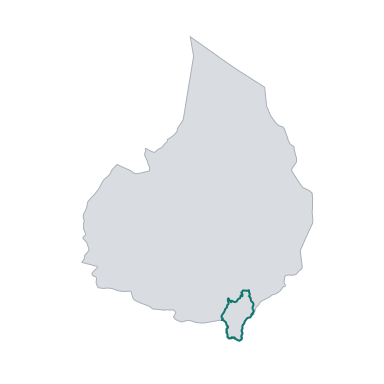 Gambela Peoples on a map of Ethiopia (orthographic projection), rotated 262°
{"feature_id": "ETH-3130", "entity_name": "Gambela Peoples", "entity_type": "Administrative State", "adm_level": 1, "iso_a3": "ETH", "parent_name": "Ethiopia", "parent_adm1": "", "projection": "orthographic", "projection_center": [34.092, 7.81], "detail": "fine", "context": "in_parent", "style": "outline", "palette": "teal", "viewbox_px": 384, "rotation_deg": 262, "n_neighbors": 0, "source": "natural_earth", "source_scale": "10m", "svg_char_len": 6481}
<svg xmlns="http://www.w3.org/2000/svg" viewBox="0 0 384 384"><g transform="rotate(262 192 192)"><path d="M85.4,269.0L85.1,268.6L83.3,267.1L81.5,265.2L80.5,263.1L79.5,261.3L79.0,257.4L77.7,255.0L76.4,252.1L74.6,246.5L73.8,244.6L72.3,243.3L70.7,242.1L69.1,239.6L64.8,237.4L63.2,235.7L60.4,232.8L59.6,231.3L59.4,229.8L58.6,228.4L57.0,226.8L52.1,223.4L50.7,223.0L49.0,222.7L46.4,222.3L43.0,221.5L40.0,220.2L38.6,219.3L38.3,218.6L38.6,217.5L39.7,215.7L41.7,211.3L43.2,208.2L44.1,207.4L46.8,207.2L49.6,207.3L51.7,207.5L54.6,207.5L58.1,207.3L59.4,206.2L60.5,205.1L61.0,204.4L61.1,202.4L61.1,200.8L60.9,194.8L60.8,191.0L60.6,186.8L60.6,186.0L60.7,184.9L61.5,180.4L62.3,177.8L62.9,176.4L65.0,172.1L65.4,170.7L65.5,169.4L64.7,163.7L66.1,160.9L67.9,158.2L69.5,157.1L70.8,156.3L71.4,156.6L72.9,157.9L74.9,159.1L75.8,158.8L77.2,157.7L78.2,156.6L78.0,154.6L78.9,150.4L78.8,148.0L79.7,145.0L80.8,140.8L81.2,138.1L81.8,136.7L84.7,133.8L87.1,129.6L88.7,126.6L91.7,121.6L93.2,119.8L94.4,119.1L96.2,118.5L99.6,118.1L102.1,117.7L102.4,117.0L102.6,116.0L102.6,113.8L103.1,110.0L104.1,106.3L105.3,103.5L106.0,102.2L106.8,101.0L107.7,98.9L108.8,94.4L108.7,91.3L110.3,85.7L110.6,85.7L113.4,84.7L116.1,84.5L118.7,85.2L120.4,85.4L121.2,85.0L121.9,84.1L122.5,82.6L123.6,81.7L125.0,81.5L127.0,83.2L130.2,87.7L131.0,87.9L131.5,87.8L133.0,84.2L134.2,81.4L136.3,76.2L137.6,73.2L138.8,74.0L140.0,75.5L141.4,76.2L142.9,76.7L143.6,76.7L144.5,77.3L147.7,81.0L148.8,81.9L150.3,81.9L156.5,80.7L160.1,78.4L160.7,77.6L161.7,77.6L163.0,78.5L163.4,79.4L164.3,80.6L165.7,80.8L169.3,79.9L171.0,79.4L172.5,79.8L174.3,80.1L175.5,80.1L178.3,81.3L181.7,80.8L183.3,80.9L184.9,81.4L187.6,83.3L191.2,85.5L196.1,87.1L197.2,87.8L199.6,90.4L203.5,95.5L208.5,100.4L213.9,104.2L216.8,106.8L218.8,110.1L220.8,113.0L222.7,114.3L224.5,115.3L226.4,117.5L227.8,119.4L229.7,121.5L227.8,124.5L225.2,128.5L222.3,133.2L221.4,134.4L218.7,137.2L218.3,138.0L217.8,140.1L217.9,143.7L218.3,148.4L218.8,152.8L220.3,153.2L222.0,153.5L224.0,152.9L226.3,152.4L229.1,152.0L232.3,151.1L234.2,150.4L236.1,150.4L237.9,151.1L238.8,151.8L240.0,152.0L241.6,151.9L241.3,152.7L240.5,153.9L239.4,155.2L238.5,156.4L236.5,159.9L236.5,160.4L236.7,161.0L237.9,162.6L239.2,165.1L239.9,167.5L240.5,168.6L241.9,169.9L244.1,172.5L245.2,174.3L247.6,175.2L248.4,177.5L250.2,180.8L252.1,183.5L254.0,185.5L256.0,186.3L256.8,186.3L261.1,190.1L264.4,193.0L265.2,193.5L271.0,195.3L277.7,197.4L283.1,199.0L289.9,201.2L296.6,203.2L302.9,205.2L311.8,208.0L318.9,210.2L324.6,212.0L325.8,212.5L345.9,211.9L341.1,217.0L335.7,222.8L329.9,228.9L326.2,232.9L320.3,239.1L315.4,244.3L310.3,249.9L305.7,255.0L299.7,262.1L295.8,266.6L289.7,273.8L285.8,278.3L285.2,278.5L279.6,278.3L274.1,278.1L267.1,277.9L266.3,277.9L264.2,278.4L263.0,278.8L258.0,280.1L257.0,280.4L252.9,282.4L248.6,284.7L246.4,286.5L244.6,289.0L243.9,290.8L243.1,291.5L241.8,292.2L232.8,294.1L230.2,294.4L226.0,295.8L223.8,298.0L223.1,299.2L220.1,299.2L214.8,299.6L212.5,300.0L211.4,300.1L209.4,300.1L207.7,299.8L206.6,299.2L205.2,297.8L202.1,295.1L199.9,293.4L195.0,295.5L190.6,297.5L184.4,300.4L180.8,302.5L179.7,304.5L177.0,308.3L174.5,310.6L173.6,310.8L168.0,310.4L166.0,310.0L162.7,309.6L158.2,308.9L155.2,308.1L151.9,308.0L147.2,307.7L144.3,307.1L141.3,305.1L137.5,302.7L133.6,300.2L129.6,297.6L124.8,294.7L119.6,291.4L118.4,291.1L117.9,291.0L112.3,290.9L106.4,290.8L102.4,290.7L101.2,290.3L100.3,289.6L99.1,287.2L97.5,285.5L95.8,283.3L95.6,280.3L96.1,277.0L96.5,276.0L96.3,274.9L96.3,273.4L95.4,272.1L89.6,270.5L88.7,270.6L87.7,271.2L86.6,271.6L85.8,271.2L85.4,270.7L85.3,269.7L85.4,269.0Z" fill="#d9dde1" stroke="#a8b0b8" stroke-width="1"/><path d="M53.7,208.9L53.9,208.8L54.0,208.8L54.8,208.1L55.1,207.9L55.4,207.8L55.7,207.7L56.4,207.6L57.6,207.6L58.0,207.5L58.4,207.2L60.5,205.4L60.9,204.9L61.2,204.4L61.2,204.0L61.7,204.2L62.1,204.6L62.4,204.8L62.6,204.7L63.6,204.0L64.1,203.8L64.6,203.9L65.3,204.2L66.3,204.9L68.1,206.6L69.1,207.4L71.2,208.5L71.8,209.0L72.6,210.1L73.0,210.5L73.6,210.8L74.8,211.0L75.2,211.3L75.6,212.0L76.0,212.5L76.5,212.7L77.2,212.7L78.7,212.5L79.9,212.5L81.0,212.6L81.6,213.1L81.5,213.4L80.9,213.6L79.9,214.0L78.6,214.7L77.7,215.1L77.5,215.3L77.7,215.6L78.7,215.9L78.8,216.1L78.7,216.4L77.4,218.2L77.1,219.1L77.1,220.1L77.5,221.0L78.2,221.6L78.9,222.2L79.6,222.9L79.8,223.3L80.0,224.3L80.1,224.7L80.5,225.0L82.5,225.7L82.8,226.0L82.6,226.3L82.4,226.6L82.0,227.0L81.9,227.3L82.3,227.5L82.9,227.5L83.2,227.6L83.7,227.8L83.9,227.7L84.0,227.6L84.6,227.3L85.0,227.0L85.3,226.6L85.2,226.2L85.4,226.5L85.2,227.2L85.4,227.4L86.9,228.2L87.2,228.5L87.4,229.0L87.3,229.4L86.9,230.8L86.9,231.1L86.9,231.4L86.9,231.7L86.6,232.2L86.6,232.5L86.5,233.2L86.5,233.4L86.5,233.6L86.7,234.0L86.8,234.2L86.6,234.7L86.1,234.7L84.9,234.5L84.4,234.6L83.6,235.0L83.0,235.0L82.6,234.9L82.0,234.7L81.5,234.4L81.1,234.0L80.8,234.4L80.4,234.6L79.9,234.7L79.5,234.6L79.2,235.1L78.7,235.3L77.4,235.2L76.7,235.3L76.0,235.4L75.5,235.6L74.9,236.1L74.4,236.6L73.9,236.9L73.4,237.1L72.8,237.2L72.1,237.2L71.5,237.1L70.8,236.8L70.3,236.4L69.7,236.0L68.9,235.8L68.1,235.8L67.3,236.0L66.3,236.4L65.8,236.5L65.2,236.5L64.8,236.1L64.2,235.6L63.5,235.2L63.1,235.4L63.1,234.8L63.0,234.3L62.8,234.0L62.5,233.8L62.2,234.0L61.8,234.1L61.4,233.8L60.8,233.1L59.8,232.3L59.7,232.2L59.7,230.2L59.5,229.5L59.2,228.9L56.6,226.3L56.0,225.9L55.7,225.8L55.3,225.8L55.1,225.7L54.1,225.0L53.4,224.0L53.1,223.7L52.9,223.6L52.3,223.4L51.7,223.1L50.1,223.1L49.7,223.0L49.5,222.8L49.2,222.5L49.0,222.3L48.8,222.2L48.4,222.1L48.2,221.9L47.9,221.8L47.3,221.8L46.4,222.0L45.7,222.4L44.3,222.1L44.0,221.8L43.6,221.4L43.3,221.1L43.1,221.1L42.5,221.0L41.9,220.7L41.7,220.7L41.0,220.8L40.9,220.9L40.8,221.1L40.5,221.0L40.1,220.8L39.5,220.8L39.3,220.7L39.2,220.4L39.1,220.2L38.8,220.0L38.6,219.6L38.1,218.3L38.2,218.0L38.4,217.7L38.5,217.7L38.6,217.4L38.7,217.2L38.8,216.8L38.9,216.6L39.2,216.2L40.4,215.0L40.5,214.8L40.6,214.6L40.7,214.3L41.4,214.2L41.7,214.1L42.0,213.9L42.1,213.6L42.2,213.2L41.9,212.8L41.8,212.7L41.8,212.4L41.8,212.2L42.1,211.8L42.3,211.7L42.6,211.5L42.6,211.2L42.3,211.1L42.2,211.0L42.0,210.8L41.9,210.6L41.7,210.4L41.7,210.2L41.9,209.6L41.9,209.3L41.7,209.1L41.8,208.8L41.8,208.7L41.8,208.4L41.8,208.2L42.2,207.9L42.5,207.9L42.7,207.7L43.2,207.0L43.6,206.9L45.8,207.4L46.0,207.4L46.3,207.2L46.6,207.1L46.9,207.1L48.3,207.0L48.5,206.9L48.4,206.6L48.8,206.6L49.1,206.8L49.4,207.1L49.8,207.2L50.1,207.1L50.4,207.0L50.7,206.8L51.2,206.9L51.8,207.5L52.2,208.2L52.7,208.7L53.7,208.9Z" fill="none" stroke="#0f766e" stroke-width="2"/></g></svg>